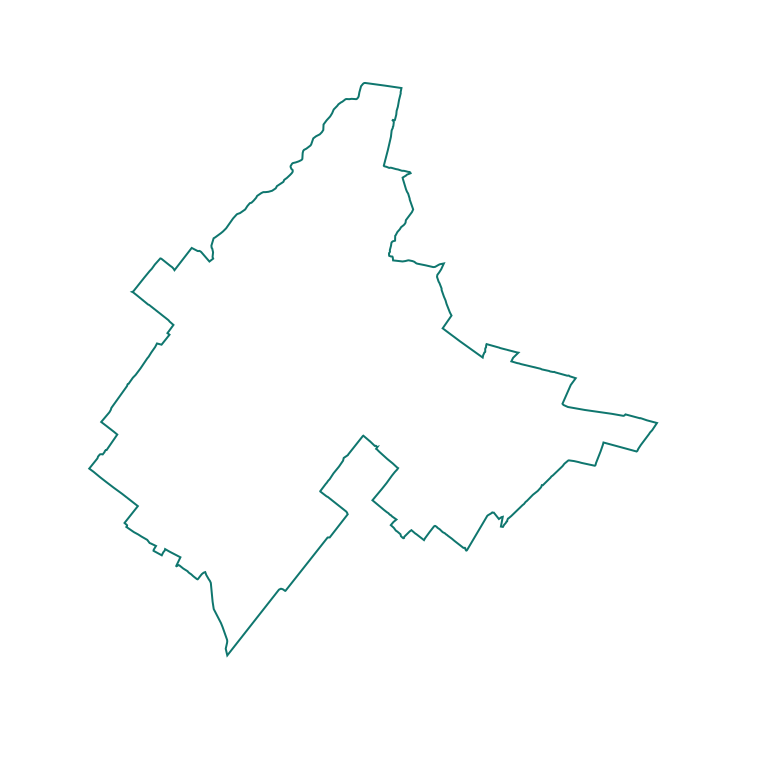 Jiana, Mehedinti, Romania (Albers equal-area conic projection), rotated 280°
{"feature_id": "2599482B91903527279634", "entity_name": "Jiana", "entity_type": "district", "adm_level": 2, "iso_a3": "ROU", "parent_name": "Romania", "parent_adm1": "Mehedinti", "projection": "albers", "projection_center": [22.719, 44.37], "detail": "fine", "context": "isolated", "style": "outline", "palette": "teal", "viewbox_px": 768, "rotation_deg": 280, "n_neighbors": 0, "source": "geoboundaries", "source_scale": "gbopen_adm2", "svg_char_len": 6152}
<svg xmlns="http://www.w3.org/2000/svg" viewBox="0 0 768 768"><g transform="rotate(280 384 384)"><path d="M393.0,659.6L393.9,649.1L394.8,643.5L394.9,642.2L394.7,642.0L396.0,627.1L394.7,626.2L394.2,625.2L394.2,613.7L393.3,586.2L393.3,569.1L394.5,564.4L395.5,563.2L415.5,568.1L423.0,571.8L423.9,565.4L424.4,564.5L424.0,563.0L425.2,550.6L425.5,549.7L425.2,548.5L425.2,545.5L425.5,544.3L425.8,536.8L426.2,535.6L427.4,515.5L427.7,513.4L427.7,511.6L428.4,505.5L432.2,506.6L438.2,510.9L438.2,509.4L439.6,491.9L439.8,491.3L441.1,478.1L440.1,477.9L437.7,478.1L436.8,477.6L436.0,477.6L433.3,478.1L432.8,477.9L432.5,477.4L431.8,477.2L430.6,477.0L429.9,476.7L427.2,476.6L439.4,451.1L449.0,432.1L463.1,438.6L466.0,436.4L473.7,431.7L477.0,430.1L480.5,427.8L486.6,424.4L488.1,424.1L493.0,421.1L494.3,420.0L498.7,417.6L500.8,417.6L503.3,418.9L506.9,420.4L513.1,422.0L511.6,418.2L510.9,417.2L508.3,414.1L507.8,412.8L507.7,412.0L508.1,404.1L508.3,395.6L508.6,394.5L509.6,392.7L510.0,390.7L510.1,386.9L509.9,386.1L508.8,383.7L507.9,381.0L507.3,371.5L510.0,370.7L510.9,370.2L511.0,369.8L510.8,368.7L511.1,366.9L511.8,366.6L513.2,366.3L513.9,366.3L514.5,366.7L515.3,366.9L516.9,366.5L521.4,366.9L524.2,366.8L524.9,367.0L525.9,367.7L527.1,370.0L531.9,369.3L532.6,369.7L536.0,370.8L539.1,372.7L541.4,373.6L544.0,375.9L545.5,376.8L546.7,377.2L549.1,377.1L558.2,381.7L561.0,382.4L570.1,377.3L571.0,377.1L575.7,374.7L577.4,373.2L579.5,371.9L589.2,367.0L590.5,366.5L593.1,369.5L593.9,370.0L594.3,370.5L596.2,373.6L596.9,373.1L597.2,372.3L597.1,370.8L597.3,368.7L597.4,366.7L597.1,364.5L597.7,360.6L597.7,358.7L598.2,353.6L598.1,352.6L597.7,351.6L598.3,348.8L598.5,346.4L598.9,345.9L615.2,347.2L628.6,347.9L635.1,347.5L637.7,348.2L638.9,348.1L639.6,348.4L643.6,348.2L644.7,347.4L645.2,346.7L645.6,346.9L645.5,348.5L645.6,348.8L645.9,348.9L651.4,349.3L655.2,349.0L659.4,349.5L666.2,349.5L673.2,350.0L674.2,349.7L678.5,349.8L678.0,332.9L677.2,313.2L677.0,312.3L676.1,311.3L673.3,309.7L667.0,309.1L663.0,309.1L661.7,308.8L660.1,307.8L659.7,307.2L659.2,302.5L658.5,300.5L658.1,297.4L657.7,296.6L654.8,294.0L653.9,292.8L651.5,290.5L650.0,289.8L645.6,286.8L641.6,285.9L638.1,284.5L633.7,281.7L629.1,279.4L623.6,280.1L621.2,279.1L618.7,277.4L616.2,274.1L613.6,271.7L607.3,270.7L606.1,270.2L602.3,266.7L600.7,264.6L599.6,264.0L597.4,263.8L591.5,264.5L590.6,264.1L590.0,263.5L588.4,261.3L586.9,258.6L585.8,256.0L585.0,255.2L582.4,254.2L581.6,254.3L579.8,255.4L578.8,256.9L577.4,257.2L576.8,257.1L575.5,256.5L573.3,255.0L570.1,252.6L567.7,250.3L565.6,249.8L560.3,244.2L557.9,243.4L554.9,240.3L553.2,236.8L552.3,233.7L552.0,231.9L551.6,231.2L550.7,230.0L547.5,226.7L547.0,226.3L545.3,225.8L541.8,223.7L539.5,222.0L538.8,220.5L535.6,218.6L531.8,217.0L527.3,212.5L525.9,210.0L525.4,209.5L520.8,206.6L509.9,201.5L506.2,198.9L504.1,197.1L499.0,192.2L497.9,190.9L490.3,190.0L488.2,190.6L487.6,191.3L484.0,192.8L479.3,193.1L477.8,194.0L474.3,190.8L482.2,181.1L482.7,180.2L483.0,179.0L482.7,178.3L482.6,177.4L484.6,171.0L459.7,157.9L461.2,156.5L462.3,155.0L463.2,153.1L468.7,143.0L468.8,141.9L461.9,137.6L457.1,135.3L454.7,133.7L446.9,129.3L431.6,121.0L431.0,120.0L430.7,121.0L428.5,125.1L421.3,137.9L421.1,138.9L409.4,160.7L408.2,162.1L405.6,166.4L396.5,161.9L395.3,164.2L384.1,158.1L384.5,153.4L380.7,152.2L374.5,149.3L370.0,147.5L368.1,146.4L357.1,141.5L349.8,137.8L346.6,135.6L339.8,132.4L339.6,131.8L339.1,131.5L337.4,131.3L314.2,120.2L313.2,119.7L311.0,119.4L308.5,118.5L297.5,112.1L290.0,126.4L287.9,130.1L270.8,122.3L270.7,121.5L269.3,120.7L268.4,120.6L265.8,119.2L265.8,117.8L265.5,116.8L265.3,116.4L262.9,115.0L261.0,114.7L249.5,108.4L247.0,113.4L242.9,120.6L239.5,127.0L234.9,135.9L230.4,145.1L221.0,162.8L202.1,152.6L200.4,155.4L200.1,155.6L199.5,155.6L198.5,155.1L194.7,163.4L193.1,168.2L191.7,171.5L189.4,177.9L186.7,180.8L186.5,181.9L184.9,187.6L181.4,186.2L180.3,185.9L179.7,186.0L176.7,194.9L179.8,195.8L182.0,197.0L183.4,197.1L181.6,202.1L178.0,213.6L168.7,211.0L168.5,211.3L168.9,211.9L170.0,212.9L170.0,213.3L169.6,214.4L167.4,218.4L165.5,223.1L164.6,224.1L163.8,225.6L163.1,227.2L161.6,229.5L159.4,233.6L159.3,234.4L159.7,234.7L164.1,237.0L165.4,237.8L166.9,239.2L167.7,240.6L165.0,242.2L161.2,245.4L159.8,246.8L158.0,248.0L139.9,253.0L132.8,255.4L120.2,265.0L116.5,267.3L104.8,273.9L103.4,274.3L101.9,274.4L95.8,274.1L89.5,276.8L163.1,316.2L163.5,316.6L164.5,318.1L164.3,320.0L163.1,322.6L163.4,323.0L223.0,355.1L223.5,357.2L249.4,370.9L250.3,370.2L250.7,370.1L251.8,369.0L263.1,348.1L263.3,347.1L267.1,339.9L267.3,339.8L275.9,344.2L276.4,344.6L279.0,345.8L280.8,347.0L287.3,349.8L294.8,354.0L301.4,357.0L304.2,357.2L307.7,360.8L308.2,360.9L329.1,372.2L329.5,372.6L324.7,380.8L321.4,385.7L321.7,386.4L321.7,386.9L320.9,387.7L320.7,388.1L320.9,388.5L318.8,387.5L318.3,388.5L316.6,390.9L310.7,400.3L307.3,406.4L304.2,411.2L303.6,412.5L302.2,411.9L299.3,410.0L295.1,407.7L286.8,403.7L280.4,400.2L267.5,392.8L259.9,406.0L258.2,409.2L257.5,410.9L256.8,411.7L256.2,412.7L255.8,414.0L255.2,414.5L252.7,419.8L249.8,417.3L246.2,415.2L244.1,418.6L241.7,421.1L241.0,422.7L238.9,426.3L237.1,427.1L236.1,428.6L235.5,429.7L235.6,430.2L235.9,430.5L236.7,430.4L237.2,430.6L243.4,435.0L244.8,436.4L242.0,441.1L241.9,441.6L237.2,450.5L239.2,451.2L246.1,454.6L252.5,458.0L253.1,458.8L253.1,459.2L252.4,460.8L251.7,461.6L250.6,464.1L248.3,467.5L247.6,469.8L246.6,471.4L246.2,472.5L245.8,473.0L243.4,477.8L241.8,480.5L236.4,490.7L236.7,492.1L236.4,492.5L235.2,493.0L234.3,493.8L234.3,494.2L234.8,494.6L272.1,508.6L272.9,509.3L275.1,511.9L276.3,512.9L276.1,513.5L276.4,514.5L271.0,520.6L273.2,522.7L273.8,524.0L263.9,523.9L263.9,525.9L266.3,526.8L268.2,528.0L269.7,528.5L270.1,529.1L270.8,529.0L272.9,529.4L273.5,530.1L276.0,532.2L288.8,541.5L290.1,542.7L292.6,544.0L293.5,544.9L300.8,549.9L305.4,554.0L309.4,556.5L310.3,556.8L311.8,557.0L311.9,558.0L320.6,564.2L322.0,564.9L323.2,566.1L334.1,574.1L336.8,575.5L340.6,578.7L340.9,579.3L341.1,584.5L340.9,589.2L340.6,592.3L340.1,605.8L341.0,606.4L342.9,606.5L355.2,609.0L362.1,610.1L364.5,610.3L361.4,644.5L362.1,645.1L364.3,645.7L368.5,647.5L380.9,653.8L382.4,654.4L385.0,656.1L393.0,659.6Z" fill="none" stroke="#0f766e" stroke-width="2"/></g></svg>